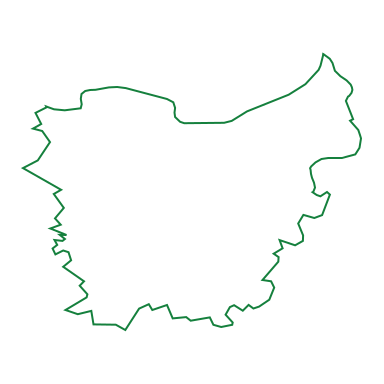 SVG path tracing the border of East Flanders
{"feature_id": "BEL-3478", "entity_name": "East Flanders", "entity_type": "Province", "adm_level": 1, "iso_a3": "BEL", "parent_name": "Belgium", "parent_adm1": "", "projection": "equal_earth", "projection_center": [3.869, 51.045], "detail": "fine", "context": "isolated", "style": "outline", "palette": "green", "viewbox_px": 384, "rotation_deg": 0, "n_neighbors": 0, "source": "natural_earth", "source_scale": "10m", "svg_char_len": 1711}
<svg xmlns="http://www.w3.org/2000/svg" viewBox="0 0 384 384"><path d="M46.2,106.5L54.0,109.3L64.7,110.3L80.7,108.3L81.7,104.3L80.8,98.9L81.5,94.0L85.2,91.0L90.1,90.0L95.5,89.8L108.9,87.4L117.2,87.0L125.8,88.1L167.0,99.0L173.3,102.3L175.1,107.9L174.5,112.6L175.1,117.0L180.1,121.8L184.2,123.2L224.1,122.8L231.7,120.9L247.0,111.4L288.7,94.7L305.4,84.2L318.6,69.9L320.5,65.7L323.0,55.7L323.2,54.0L323.4,54.1L329.8,58.8L332.5,63.0L334.9,70.8L340.4,76.2L346.6,80.4L350.7,84.6L351.9,87.3L352.4,89.9L351.5,92.9L349.2,95.9L348.0,96.6L345.9,100.9L353.1,119.2L350.1,120.7L358.3,130.0L360.1,135.4L361.0,138.4L359.5,147.8L355.3,154.4L341.9,158.0L328.2,158.0L321.5,159.0L315.5,162.4L311.2,166.4L310.1,168.2L310.6,170.0L311.0,173.9L312.0,177.8L314.0,182.7L315.0,187.6L313.3,191.8L312.6,192.2L316.7,195.0L320.4,196.3L327.0,192.0L329.9,194.6L322.1,215.1L314.3,218.0L303.4,214.9L298.2,223.5L303.1,235.4L302.9,240.9L295.1,245.3L279.6,240.1L282.6,248.3L273.7,253.7L278.6,257.1L278.3,261.7L262.5,280.0L271.1,281.3L274.2,287.6L269.3,299.7L259.1,306.6L253.4,308.5L248.6,304.9L242.8,310.7L234.1,305.2L229.9,307.1L225.6,314.7L232.7,322.5L232.2,324.8L221.2,327.0L213.4,324.8L209.8,317.4L190.7,320.7L186.2,317.1L172.7,318.4L167.0,305.0L152.3,310.0L148.8,304.2L139.1,308.6L125.3,330.0L115.8,324.7L93.5,324.4L91.3,310.9L77.8,314.2L65.5,310.0L86.6,297.4L87.4,294.3L79.7,285.7L84.0,281.3L63.2,266.8L71.1,260.3L68.5,252.2L63.2,250.5L55.4,254.4L52.6,248.5L57.2,244.9L54.5,240.0L62.5,240.9L64.9,239.0L59.8,234.9L66.5,235.0L50.3,228.5L60.7,224.7L55.0,218.4L63.8,207.9L53.8,194.0L61.1,189.8L23.0,168.1L37.8,160.4L50.0,142.1L42.2,131.0L33.0,128.6L41.2,124.0L35.5,112.9L46.6,107.3L46.2,106.5Z" fill="none" stroke="#15803d" stroke-width="2"/></svg>